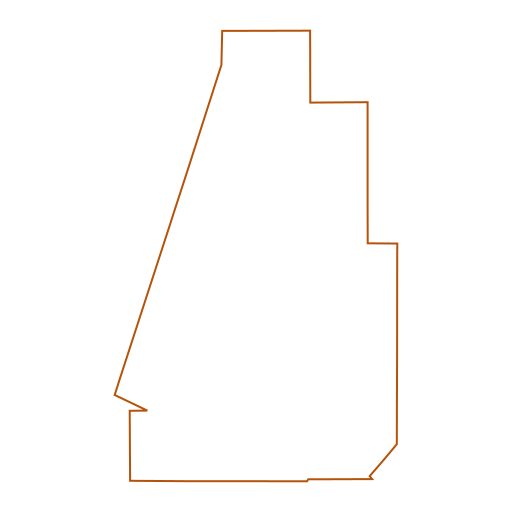 Presidencia de la Plaza, Chaco, Argentina
{"feature_id": "61730980B93024153750101", "entity_name": "Presidencia de la Plaza", "entity_type": "district", "adm_level": 2, "iso_a3": "ARG", "parent_name": "Argentina", "parent_adm1": "Chaco", "projection": "equal_earth", "projection_center": [-59.746, -27.001], "detail": "fine", "context": "isolated", "style": "outline", "palette": "amber", "viewbox_px": 512, "rotation_deg": 0, "n_neighbors": 0, "source": "geoboundaries", "source_scale": "gbopen_adm2", "svg_char_len": 715}
<svg xmlns="http://www.w3.org/2000/svg" viewBox="0 0 512 512"><path d="M372.1,479.1L369.7,476.1L385.3,458.0L396.8,444.2L396.9,416.3L396.9,408.2L397.0,385.3L397.1,351.9L397.2,266.5L397.2,255.2L397.3,243.5L391.0,243.5L367.7,243.3L367.7,238.7L367.6,206.2L367.6,172.2L367.6,102.2L310.3,102.6L310.2,67.0L310.2,66.2L310.2,65.9L310.2,63.4L310.2,51.9L310.1,30.7L309.1,30.7L302.6,30.7L222.6,30.9L222.2,30.9L221.4,65.0L219.0,72.4L191.9,156.9L189.8,163.5L172.5,216.7L170.4,223.3L119.7,379.2L114.7,395.0L128.3,401.5L142.1,408.1L147.3,410.6L129.7,410.8L129.9,446.0L130.1,480.8L159.5,481.0L188.8,481.2L208.7,481.2L248.2,481.2L307.0,481.3L308.3,479.3L343.0,479.2L372.1,479.1Z" fill="none" stroke="#b45309" stroke-width="2"/></svg>